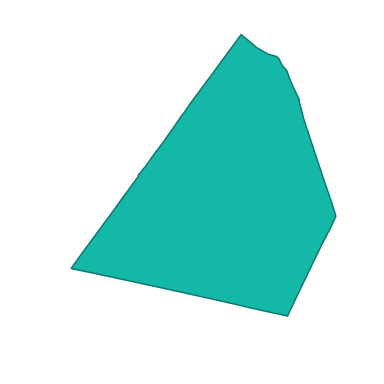 Sanislau, Satu Mare, Romania (orthographic projection), rotated 347°
{"feature_id": "2599482B60287900413907", "entity_name": "Sanislau", "entity_type": "district", "adm_level": 2, "iso_a3": "ROU", "parent_name": "Romania", "parent_adm1": "Satu Mare", "projection": "orthographic", "projection_center": [22.392, 47.656], "detail": "fine", "context": "isolated", "style": "filled", "palette": "teal", "viewbox_px": 384, "rotation_deg": 347, "n_neighbors": 0, "source": "geoboundaries", "source_scale": "gbopen_adm2", "svg_char_len": 988}
<svg xmlns="http://www.w3.org/2000/svg" viewBox="0 0 384 384"><g transform="rotate(347 192 192)"><path d="M257.2,334.3L259.1,331.9L282.4,302.6L308.0,270.8L317.9,259.4L326.6,248.2L326.7,246.4L325.5,231.6L322.8,205.2L320.7,182.7L317.4,147.1L317.2,141.9L317.1,136.8L316.8,128.0L317.2,125.0L316.7,123.4L315.5,118.2L314.1,111.6L312.6,103.0L311.7,95.4L311.1,94.1L308.4,89.1L306.6,81.6L305.1,79.2L296.8,74.5L287.2,65.6L286.2,64.0L285.9,63.5L283.0,59.8L281.6,57.9L277.2,52.2L276.1,50.8L275.2,49.7L234.1,85.1L230.6,87.9L223.2,94.4L215.9,100.5L207.3,108.0L203.7,111.5L202.3,112.7L198.8,115.5L190.0,123.6L184.6,128.5L175.1,137.1L166.4,144.3L160.2,149.6L153.1,156.1L149.2,159.0L146.6,161.4L144.0,162.9L142.9,164.5L142.7,165.4L142.2,165.6L139.5,167.8L129.9,176.2L122.9,182.1L113.3,190.7L100.8,201.4L94.2,207.1L83.4,216.4L75.2,223.3L57.3,239.0L58.3,240.0L78.3,249.2L130.2,273.6L175.8,295.2L210.1,311.7L222.3,317.8L239.5,326.0L257.2,334.3Z" fill="#14b8a6" stroke="#0f766e" stroke-width="1.5"/></g></svg>